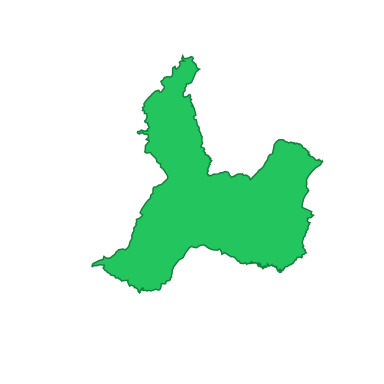 the district of Wang Thong, Phitsanulok, Thailand, rotated 235°
{"feature_id": "78962969B63856806538884", "entity_name": "Wang Thong", "entity_type": "district", "adm_level": 2, "iso_a3": "THA", "parent_name": "Thailand", "parent_adm1": "Phitsanulok", "projection": "robinson", "projection_center": [100.584, 16.85], "detail": "fine", "context": "isolated", "style": "filled", "palette": "green", "viewbox_px": 384, "rotation_deg": 235, "n_neighbors": 0, "source": "geoboundaries", "source_scale": "gbopen_adm2", "svg_char_len": 6025}
<svg xmlns="http://www.w3.org/2000/svg" viewBox="0 0 384 384"><g transform="rotate(235 192 192)"><path d="M142.1,316.4L142.7,316.5L142.3,315.9L142.7,315.3L144.8,315.0L145.2,313.8L145.9,314.4L146.0,313.3L146.9,311.6L149.8,311.5L151.9,310.7L153.7,309.0L154.3,309.5L154.6,309.2L154.7,309.6L155.4,309.1L155.4,309.5L155.5,309.6L156.2,308.7L157.4,310.7L158.0,309.9L159.3,310.4L161.3,309.5L162.4,309.8L164.7,308.3L165.9,308.4L166.0,308.9L166.1,308.5L167.0,308.7L169.3,307.9L169.5,307.1L170.0,307.3L170.2,306.7L171.4,306.3L172.2,305.3L172.0,304.7L172.5,304.6L172.7,303.5L173.6,303.2L173.8,303.7L174.7,303.0L174.8,302.3L176.1,301.7L176.7,299.3L178.1,298.9L179.3,297.6L182.3,296.8L184.9,293.2L184.7,289.6L183.6,286.6L177.3,280.1L177.2,278.9L177.9,277.5L177.4,275.1L174.9,271.9L174.1,269.2L171.8,265.0L171.0,260.3L171.4,260.2L171.4,259.3L170.4,256.5L168.6,246.8L170.9,247.4L173.3,246.9L174.8,246.0L176.1,243.7L178.0,243.8L178.2,242.7L179.4,241.7L179.7,240.5L180.5,239.7L180.8,236.8L180.2,236.3L181.0,235.3L181.3,232.7L184.4,232.4L187.2,233.0L189.5,231.3L190.1,229.7L190.2,228.1L191.5,226.4L191.6,223.7L194.2,220.0L194.5,216.8L195.5,216.1L196.0,214.7L197.2,215.3L198.0,214.8L198.8,215.3L200.0,217.5L201.3,217.3L201.7,218.4L202.5,218.9L202.7,220.0L204.0,221.4L204.3,222.8L205.2,222.6L205.9,223.2L205.7,224.4L206.5,226.2L208.4,225.1L208.8,225.5L208.7,226.5L210.7,226.3L211.6,225.6L212.0,226.3L215.7,224.4L216.5,225.4L218.7,224.8L219.7,226.8L220.8,227.0L224.1,225.1L226.1,228.8L228.2,229.3L231.6,232.1L233.1,231.8L235.3,232.9L236.4,232.7L237.8,233.3L238.9,232.9L239.7,234.4L241.4,234.9L243.7,234.6L248.5,236.9L249.0,236.9L249.7,235.8L251.2,235.8L252.9,236.7L252.7,239.0L253.4,239.6L259.6,241.8L260.7,241.6L261.7,242.1L262.6,241.3L262.7,242.4L266.8,242.8L268.0,243.7L268.1,244.6L270.2,244.2L271.1,245.7L272.0,246.1L273.0,246.1L273.4,245.5L273.0,243.0L274.0,240.2L275.1,239.9L276.8,240.4L278.5,242.1L279.0,244.4L281.1,245.8L282.3,248.4L283.8,249.3L283.6,250.0L282.6,250.9L282.0,254.4L288.1,264.3L288.3,268.6L289.5,267.7L291.3,267.3L294.7,268.5L295.7,267.6L296.5,268.0L298.9,267.2L299.8,267.8L300.7,269.6L301.9,269.9L303.4,269.0L303.6,266.6L305.2,262.6L306.6,262.0L308.8,262.5L307.0,260.0L303.8,260.6L305.5,258.5L305.7,256.4L305.1,255.8L303.6,255.8L302.1,253.8L301.6,249.7L302.4,249.3L304.6,250.1L304.7,247.4L299.2,243.3L298.3,241.6L298.9,239.8L300.8,237.7L301.0,236.2L301.6,235.2L300.4,232.3L300.5,230.0L297.4,229.3L294.5,229.7L293.7,229.4L292.9,228.8L292.4,226.2L291.6,224.9L291.5,224.0L292.3,222.9L294.4,223.1L295.6,219.9L295.0,215.1L294.2,212.7L294.3,211.4L293.0,206.1L291.8,203.2L289.3,202.0L289.6,200.0L288.1,199.8L287.2,198.2L285.5,199.5L283.6,198.0L282.2,199.7L280.3,199.0L278.4,197.2L277.3,195.2L277.4,194.2L276.6,193.7L275.6,193.8L273.9,195.4L272.9,194.5L269.2,194.0L269.0,191.4L267.3,190.6L268.3,189.9L268.9,188.2L271.8,186.0L271.7,184.2L272.6,182.1L272.3,181.6L271.5,181.3L269.7,182.1L269.8,183.5L269.3,184.2L269.2,185.7L267.7,185.6L265.7,187.0L265.0,188.5L263.6,188.7L261.7,187.6L261.3,184.6L260.0,185.3L259.0,186.4L258.1,186.2L256.7,180.5L252.7,177.4L252.0,176.3L250.0,177.0L248.6,180.0L247.9,180.6L246.0,180.5L239.9,181.8L236.8,180.6L234.4,181.3L233.2,182.3L230.5,180.6L227.2,181.6L219.9,181.4L217.8,180.6L216.9,179.5L215.6,170.9L216.7,168.7L216.5,165.5L217.8,163.9L217.2,162.1L213.4,159.3L213.1,156.6L210.6,153.9L210.5,151.5L209.5,148.0L207.0,141.5L204.9,137.7L204.3,137.5L201.8,138.4L201.1,138.0L200.6,133.8L201.4,130.8L199.1,129.3L198.1,127.7L196.8,127.5L195.9,123.7L193.4,122.1L192.5,119.9L190.7,117.5L188.5,116.5L186.9,112.9L183.9,109.3L183.2,107.5L182.9,104.1L184.9,102.8L186.7,98.8L186.2,94.9L185.2,93.4L185.1,89.2L184.7,87.5L186.8,83.9L189.7,82.9L187.7,80.3L189.0,77.3L190.1,69.7L188.8,67.7L188.1,67.5L187.9,69.3L186.2,72.0L185.4,74.7L182.5,78.0L181.7,77.8L180.7,75.6L177.7,75.8L175.9,76.9L175.2,76.5L172.0,77.9L170.6,77.8L167.5,80.6L165.4,80.1L164.1,82.2L163.0,82.3L161.7,83.1L159.3,83.3L159.3,84.0L156.4,88.9L155.0,87.7L150.8,86.9L150.6,88.6L148.0,90.6L146.7,89.9L146.0,91.0L143.1,91.9L141.7,91.0L139.6,91.0L139.6,92.0L140.9,92.4L140.5,93.6L141.8,95.3L141.8,96.1L141.2,96.7L139.9,95.4L139.4,95.4L138.0,97.7L136.7,98.4L136.3,100.1L134.5,101.7L133.1,106.7L130.8,108.3L130.5,109.6L131.4,111.5L134.3,114.0L133.9,115.3L132.2,117.2L132.2,118.0L133.8,119.7L132.6,122.3L132.6,123.9L133.9,124.9L133.9,126.3L135.1,126.8L137.0,129.2L138.9,130.6L141.2,134.0L143.9,142.5L143.3,146.9L146.1,152.3L147.9,158.2L147.6,160.4L145.4,162.0L143.7,163.9L143.8,166.9L142.5,170.7L140.1,172.4L139.1,172.4L136.3,173.5L132.6,176.0L129.6,179.8L129.7,181.2L129.3,182.0L126.0,181.8L123.8,180.8L123.5,184.0L116.5,186.9L115.7,188.3L114.0,189.4L108.7,190.0L108.3,190.9L105.9,190.8L103.9,193.0L103.4,195.1L101.4,195.3L101.4,196.5L99.3,200.1L99.6,200.4L100.7,199.5L100.8,200.1L100.3,201.3L99.5,200.8L98.2,201.8L97.7,203.7L97.0,203.6L96.4,204.4L94.4,204.0L95.3,205.6L93.7,204.8L94.1,205.5L93.8,206.8L92.1,205.9L92.4,204.6L90.8,205.8L90.1,207.4L89.7,207.3L89.5,206.0L88.5,206.1L88.7,208.1L88.1,209.3L89.3,209.0L89.5,209.3L88.7,210.1L88.5,211.3L88.7,212.0L89.8,212.6L89.0,212.8L87.5,211.8L86.5,214.8L86.7,216.0L84.9,215.7L84.2,216.7L83.1,216.8L82.5,218.5L81.8,218.2L81.8,217.6L78.3,217.1L78.5,218.6L78.0,220.1L77.1,220.0L77.3,217.9L76.3,217.5L75.7,217.8L75.2,219.4L75.9,220.1L75.7,222.0L76.6,222.9L76.2,223.7L77.4,225.1L77.2,226.0L76.3,227.0L76.3,230.4L75.7,231.7L75.9,232.5L75.6,233.8L77.0,237.1L76.6,238.1L78.1,240.3L76.7,243.4L75.2,244.1L75.5,244.9L77.4,246.1L76.7,248.7L77.1,250.1L76.7,250.7L78.8,250.7L79.5,251.4L83.2,250.9L83.5,252.4L86.1,252.7L88.1,254.0L91.0,257.8L91.0,259.2L93.1,261.4L93.3,262.6L94.2,262.6L94.5,263.1L95.1,265.8L96.8,266.9L98.0,268.5L98.1,269.5L99.0,269.7L99.1,271.0L101.3,269.7L102.9,270.3L103.3,271.6L104.3,271.5L103.5,273.9L102.8,274.5L103.3,278.2L105.3,276.7L107.2,278.7L116.2,273.4L118.0,274.5L122.1,279.1L124.1,282.5L126.1,288.3L126.9,288.0L127.7,288.7L129.8,288.4L131.2,288.8L132.3,290.3L136.5,292.9L138.6,297.1L140.0,302.3L140.9,307.3L140.6,312.4L142.1,316.4Z" fill="#22c55e" stroke="#15803d" stroke-width="1.5"/></g></svg>